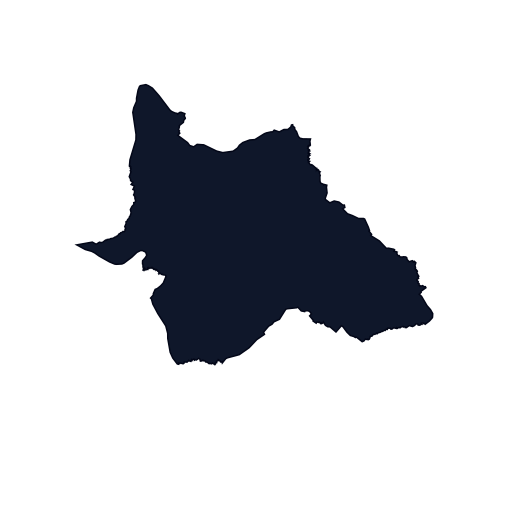 the district of Nong Muang, Lop Buri, Thailand, rotated 119°
{"feature_id": "78962969B8499402752452", "entity_name": "Nong Muang", "entity_type": "district", "adm_level": 2, "iso_a3": "THA", "parent_name": "Thailand", "parent_adm1": "Lop Buri", "projection": "albers", "projection_center": [100.697, 15.296], "detail": "fine", "context": "isolated", "style": "filled", "palette": "ink", "viewbox_px": 512, "rotation_deg": 119, "n_neighbors": 0, "source": "geoboundaries", "source_scale": "gbopen_adm2", "svg_char_len": 6123}
<svg xmlns="http://www.w3.org/2000/svg" viewBox="0 0 512 512"><g transform="rotate(119 256 256)"><path d="M175.9,437.0L178.6,435.5L185.6,434.8L190.1,433.4L207.8,419.9L212.7,417.3L232.9,412.9L238.6,410.4L238.4,409.8L239.0,409.7L238.8,408.7L240.2,408.4L240.4,407.5L242.4,407.3L242.9,406.2L248.1,405.3L249.5,403.1L250.9,402.2L251.2,399.5L254.0,399.9L253.8,396.2L257.5,395.9L257.4,394.0L260.2,392.8L261.9,392.7L263.1,390.0L263.9,390.2L266.4,387.8L267.4,387.8L268.6,388.8L270.1,387.8L272.7,388.5L276.3,388.4L278.7,386.2L281.7,385.5L283.5,385.7L284.5,385.2L286.2,385.9L288.1,385.7L289.2,386.3L290.3,385.4L294.0,385.0L294.9,383.4L296.2,383.5L296.6,382.9L298.5,382.9L299.1,384.3L299.8,384.3L301.4,385.7L302.4,385.6L302.8,386.4L306.0,386.9L306.4,387.7L307.6,387.9L307.9,388.6L309.7,389.5L311.3,391.6L312.2,392.0L313.8,394.3L314.7,394.3L315.0,395.3L318.3,396.7L319.3,397.9L319.8,399.6L323.2,401.5L323.2,405.9L333.2,418.2L333.1,408.5L331.6,402.0L331.5,398.6L332.1,393.3L332.2,381.2L331.6,375.8L331.0,374.2L328.0,369.4L326.2,368.0L317.2,364.0L310.5,361.9L307.3,359.7L306.3,357.9L306.1,354.4L308.3,351.9L311.0,352.0L315.2,352.9L318.0,351.4L318.2,350.8L320.6,349.4L321.1,348.5L323.1,347.9L322.9,347.4L321.5,347.4L322.4,346.8L321.4,346.6L321.8,346.3L321.7,345.8L320.3,344.5L319.4,344.8L319.8,344.1L318.0,344.1L318.3,342.9L317.4,342.4L317.2,341.5L316.6,341.7L316.3,341.3L317.1,339.5L316.6,339.4L316.5,338.3L317.0,338.2L316.5,337.0L316.9,336.6L316.1,336.3L316.9,334.7L316.4,334.0L316.9,333.9L317.1,332.8L318.1,332.8L317.9,332.1L318.4,332.0L317.5,331.4L317.9,329.7L317.3,328.8L317.6,328.0L317.0,327.5L316.8,325.5L317.7,324.8L324.5,324.0L328.3,324.9L332.4,326.6L334.1,328.0L338.6,327.6L340.0,326.9L343.9,327.8L344.1,326.8L348.1,322.9L353.9,314.0L360.9,301.0L366.5,295.7L370.9,293.2L381.8,284.4L385.6,279.3L388.6,272.5L388.3,271.5L387.6,272.1L386.9,271.8L387.1,270.6L386.4,270.6L385.6,267.5L384.7,267.0L383.5,267.4L382.2,264.8L380.0,264.3L380.3,263.7L379.4,262.6L379.9,262.3L379.7,261.8L378.9,262.1L378.5,261.3L377.7,261.9L377.7,261.3L376.4,260.5L376.2,259.8L377.0,259.3L375.8,258.4L375.8,257.7L373.3,256.5L373.4,255.1L374.9,253.7L374.4,253.0L374.0,253.2L373.5,252.0L372.8,251.9L373.1,251.1L372.4,250.1L373.1,248.7L372.5,247.2L372.9,244.8L372.4,244.5L371.8,242.5L370.7,242.2L371.0,239.3L369.9,239.1L369.3,239.8L368.3,238.7L367.4,239.6L366.0,238.5L364.9,238.8L364.9,238.2L365.5,238.1L365.2,236.4L365.8,235.7L364.9,234.6L365.5,234.7L365.3,234.1L365.9,233.6L360.5,232.7L358.9,231.6L350.4,222.8L339.7,217.6L328.8,214.8L320.4,210.6L319.0,212.5L311.2,210.9L307.9,208.9L304.9,208.4L300.0,204.8L289.0,204.2L287.9,204.0L287.0,203.1L281.6,195.4L280.5,194.5L282.1,189.8L281.0,186.4L280.1,186.4L278.6,183.8L278.6,182.0L279.8,179.4L282.4,180.1L284.5,174.7L285.2,174.6L285.6,170.8L284.2,170.8L283.6,168.6L283.1,168.7L283.7,166.5L282.8,166.6L283.0,165.6L282.0,165.0L281.1,165.1L283.0,161.6L283.1,158.9L282.1,156.9L283.7,149.2L275.6,147.5L275.7,145.7L278.5,139.6L279.8,135.0L279.0,131.5L279.1,129.5L278.4,129.1L278.3,128.4L279.5,121.6L277.9,120.4L275.7,120.1L275.1,118.1L274.5,117.9L274.7,117.2L273.8,116.6L270.9,117.0L269.8,115.7L267.5,115.3L266.9,114.0L265.1,113.3L265.4,112.4L263.9,111.9L262.6,110.4L261.4,109.9L261.2,109.3L260.5,109.3L260.3,108.6L258.7,107.7L258.5,106.9L256.8,106.6L256.5,105.5L255.3,105.9L254.1,103.7L254.6,102.6L254.1,101.7L252.0,100.8L251.3,98.1L250.4,98.2L250.7,97.2L249.6,96.7L248.8,95.7L249.0,95.2L247.9,94.8L246.4,93.3L246.6,92.7L246.2,92.6L245.8,91.4L246.3,90.8L245.7,89.7L242.6,88.3L241.8,84.9L240.0,83.7L237.7,83.1L237.1,81.3L237.8,80.7L237.1,79.2L235.6,78.3L234.8,78.9L233.8,78.1L233.5,77.3L234.1,77.1L233.4,76.8L233.7,75.8L233.0,75.2L233.4,74.8L228.8,72.8L224.9,71.9L224.0,71.9L220.7,73.5L218.3,77.4L216.5,82.4L211.0,91.7L210.3,94.7L207.7,93.9L207.0,94.6L201.4,92.0L200.7,93.0L201.4,94.1L201.1,95.9L202.8,97.5L202.4,97.7L202.7,98.6L202.3,98.7L202.2,99.5L201.1,100.0L201.1,101.3L199.7,101.7L199.3,103.2L198.6,103.9L196.7,103.0L195.7,104.2L194.8,103.9L194.8,104.5L194.4,104.6L192.5,107.4L191.2,107.4L190.6,108.3L190.7,109.5L190.2,109.5L190.1,110.8L189.0,110.7L187.3,112.3L184.4,112.9L183.9,114.8L185.0,115.0L185.1,115.5L184.4,116.0L184.3,117.0L186.8,119.3L185.8,122.2L184.5,123.2L184.2,124.5L185.4,127.1L186.4,127.5L186.3,128.3L187.0,129.6L186.2,131.0L186.8,131.7L186.5,132.8L184.9,134.7L184.2,134.5L184.3,135.8L185.1,137.7L183.4,137.8L183.3,138.8L184.9,143.9L186.1,145.7L183.0,155.4L182.5,165.6L181.0,165.4L179.5,169.2L178.8,169.0L176.4,171.6L171.0,178.9L171.1,180.2L173.5,184.6L173.9,191.3L174.7,196.5L172.7,203.2L170.5,201.8L168.6,203.4L169.4,204.7L168.6,209.6L170.0,214.3L173.7,217.2L172.9,222.6L172.0,223.4L166.4,224.4L161.7,227.7L159.7,228.4L160.4,231.1L161.0,231.3L160.6,231.9L160.9,234.7L159.7,236.2L155.3,238.8L154.7,238.7L152.4,241.0L151.3,240.7L151.3,241.9L150.5,243.0L151.1,243.5L150.3,244.2L150.4,245.0L151.0,245.0L150.1,245.5L150.6,245.9L150.0,246.5L149.1,250.9L149.6,251.3L149.3,251.7L149.8,252.0L149.7,253.4L149.1,254.1L148.9,255.4L147.3,255.0L147.7,256.2L147.5,256.9L146.8,257.3L146.7,256.5L145.0,256.4L144.8,258.4L144.1,258.7L143.9,258.2L143.3,258.1L142.9,259.1L142.3,258.9L141.9,258.1L141.7,258.6L140.9,258.6L140.9,259.2L140.4,258.6L140.1,260.4L139.5,260.2L138.7,261.0L138.1,259.9L137.4,260.5L137.6,261.2L137.1,261.2L137.0,262.9L136.1,262.8L135.4,263.7L134.7,262.9L134.0,263.8L133.0,262.9L133.2,262.3L132.7,262.2L129.5,264.5L127.2,265.1L130.8,271.7L131.7,274.9L130.8,277.1L127.6,280.8L126.5,283.4L124.9,284.5L124.5,286.7L123.4,287.6L124.2,288.5L126.2,288.1L129.8,289.4L131.9,293.0L136.2,295.8L137.1,301.1L139.4,301.6L140.2,303.1L143.3,306.6L145.0,308.0L154.7,313.4L157.6,317.8L163.1,322.5L167.1,324.2L170.5,324.5L175.4,326.8L181.7,335.2L183.3,341.3L184.1,355.6L186.9,361.6L190.7,363.4L191.5,367.6L190.0,370.8L188.4,382.9L185.5,382.2L185.0,383.7L183.7,383.6L183.2,385.0L180.2,385.6L179.2,386.3L174.3,384.3L172.4,385.0L170.0,384.5L169.1,385.3L168.5,386.6L166.0,387.2L166.6,391.3L167.5,392.4L169.9,393.4L169.5,394.0L170.2,396.3L170.5,399.9L170.0,402.3L162.9,418.3L159.4,428.0L159.2,432.7L159.5,435.4L163.1,439.7L164.1,440.1L168.0,439.6L175.9,437.0Z" fill="#0f172a" stroke="#020617" stroke-width="1.5"/></g></svg>